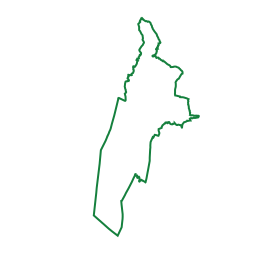 the district of Vadu Sapat, Prahova, Romania, rotated 57°
{"feature_id": "2599482B9127091814078", "entity_name": "Vadu Sapat", "entity_type": "district", "adm_level": 2, "iso_a3": "ROU", "parent_name": "Romania", "parent_adm1": "Prahova", "projection": "robinson", "projection_center": [26.374, 45.031], "detail": "fine", "context": "isolated", "style": "outline", "palette": "green", "viewbox_px": 256, "rotation_deg": 57, "n_neighbors": 0, "source": "geoboundaries", "source_scale": "gbopen_adm2", "svg_char_len": 5351}
<svg xmlns="http://www.w3.org/2000/svg" viewBox="0 0 256 256"><g transform="rotate(57 128 128)"><path d="M182.7,204.3L202.2,198.9L205.9,197.7L212.7,195.3L207.8,187.4L201.3,182.1L199.5,180.8L197.3,179.4L188.7,175.1L185.7,173.5L185.9,173.2L182.5,166.9L181.6,165.5L178.9,160.4L175.3,154.1L173.0,150.5L171.7,148.2L171.3,147.9L170.7,147.0L170.8,146.8L172.0,147.5L172.3,147.4L172.4,147.2L172.4,146.8L172.7,146.3L172.8,146.2L173.0,146.2L173.6,146.5L174.3,147.2L174.7,147.3L174.8,147.3L175.1,147.1L175.4,146.2L174.8,145.7L174.9,145.4L175.1,145.4L175.5,145.4L176.7,145.8L177.6,146.5L178.5,147.6L178.9,147.7L179.2,147.5L178.8,146.3L178.7,145.4L178.7,145.0L178.8,144.9L179.0,144.8L179.4,144.8L180.0,144.7L180.3,144.2L182.3,143.2L183.1,143.0L183.1,142.9L180.5,140.1L177.0,136.8L174.2,134.1L167.4,127.7L164.8,126.0L158.2,121.2L156.6,119.9L154.7,118.7L152.1,116.7L149.1,112.2L149.8,111.9L148.3,109.3L149.1,108.4L151.0,106.9L151.1,106.7L150.0,105.1L149.3,104.4L147.4,103.9L146.6,103.6L145.6,102.9L146.2,99.7L145.6,99.2L145.2,98.9L145.1,98.4L144.7,97.9L144.6,97.7L144.5,97.4L144.5,96.6L144.2,95.2L144.4,94.7L144.4,94.4L143.9,93.9L143.8,93.6L144.4,92.5L144.6,92.6L145.3,92.5L145.5,92.3L145.6,91.9L145.2,91.4L145.1,90.9L145.2,90.6L145.4,90.3L145.7,90.2L147.0,90.3L147.7,90.2L148.3,89.8L148.9,89.1L149.1,88.7L148.9,88.1L149.4,87.5L149.4,86.9L149.5,86.5L149.1,86.2L151.1,85.9L151.9,85.6L152.4,85.0L152.5,84.2L152.7,83.9L152.8,83.7L153.6,83.1L153.9,82.7L154.4,82.1L156.9,82.6L157.0,82.4L155.6,81.3L154.6,80.3L153.7,77.9L154.2,76.2L154.3,74.9L154.1,74.4L154.6,74.1L155.4,72.1L155.8,71.5L154.6,71.2L153.9,71.1L153.8,70.4L154.1,69.6L155.0,68.6L155.1,67.6L156.1,66.3L157.3,63.4L157.0,62.6L156.8,62.3L156.5,62.1L156.2,62.2L156.0,62.4L155.1,63.8L154.7,64.1L154.5,64.7L153.7,65.9L152.8,66.6L152.1,67.5L151.8,68.3L151.3,68.7L150.9,68.9L150.7,68.5L150.1,68.3L149.1,67.9L148.9,67.5L148.8,67.4L147.6,67.2L147.4,67.1L147.2,66.8L146.5,66.8L145.5,66.4L144.4,66.2L144.1,66.0L143.7,65.6L142.6,65.2L142.3,65.0L141.7,64.9L141.4,64.7L141.1,64.8L140.8,64.5L139.1,63.6L138.8,63.3L138.6,62.9L137.6,62.6L137.3,62.2L136.8,62.0L136.7,61.6L135.1,62.6L132.6,64.7L131.9,65.5L131.6,65.9L131.2,66.6L130.5,67.5L130.0,67.2L127.1,69.9L126.4,70.7L125.0,70.1L124.0,69.3L122.3,68.2L121.2,67.4L119.6,65.7L118.9,65.1L116.9,63.8L115.7,63.3L115.4,62.9L115.2,62.6L115.1,62.2L114.8,61.7L114.3,60.3L114.2,59.7L114.3,58.5L112.5,55.1L111.9,53.6L111.9,53.3L112.1,52.7L111.8,52.4L110.5,51.7L109.5,51.7L108.0,52.2L107.0,52.2L106.1,52.6L105.3,52.6L105.0,52.7L103.7,53.7L102.7,54.3L101.7,55.7L101.6,55.9L101.4,56.9L100.3,58.9L100.2,59.0L99.0,58.8L98.1,59.0L96.0,60.2L91.8,61.4L91.6,61.8L91.0,62.4L90.8,62.4L90.6,62.2L90.4,62.1L90.1,62.7L89.7,62.8L88.5,63.5L87.6,63.5L87.0,63.8L86.7,63.9L86.6,64.3L85.8,64.2L85.4,64.3L85.0,65.0L84.9,65.3L84.8,65.9L84.7,66.0L84.4,66.0L83.5,65.8L82.8,65.8L82.3,66.1L82.2,66.6L81.8,66.7L81.5,66.9L81.4,67.1L81.5,67.3L81.7,67.6L81.8,67.8L81.7,68.0L81.4,68.3L81.1,68.3L80.8,68.1L80.8,67.5L80.8,67.3L81.2,66.4L81.2,65.8L81.6,65.2L81.5,64.9L80.9,64.4L80.8,64.2L80.5,63.2L79.6,62.5L79.2,61.8L78.4,61.5L77.4,61.7L77.1,61.5L76.9,60.9L77.0,60.7L77.7,60.2L77.8,59.9L76.6,59.9L76.3,59.8L76.2,59.6L76.4,58.9L76.2,58.6L75.7,58.4L75.1,57.9L75.0,57.6L75.3,57.3L75.2,57.1L73.7,56.3L74.1,55.6L74.3,55.1L74.2,54.6L74.0,54.3L73.8,54.2L72.6,54.2L71.5,53.8L70.1,53.9L69.7,53.8L68.6,53.5L66.5,53.4L66.0,53.1L65.5,53.1L64.9,52.9L61.3,53.2L58.1,53.2L57.4,52.9L56.5,52.9L56.1,52.7L55.3,52.4L54.8,52.3L53.9,52.4L52.1,51.9L50.8,52.2L50.0,52.6L49.7,53.0L49.7,53.5L49.3,53.6L48.8,54.1L48.4,54.3L48.2,54.9L47.8,55.2L46.1,55.9L43.9,56.3L44.2,56.9L43.3,57.1L44.9,60.0L45.7,60.0L45.9,60.5L46.0,61.3L46.3,62.4L46.4,62.8L49.3,63.6L49.6,63.7L50.1,64.2L50.9,64.6L51.9,65.3L52.2,65.3L53.4,65.1L56.4,65.5L58.0,65.3L58.7,65.5L59.3,65.9L60.3,66.3L61.0,66.7L61.3,66.9L61.6,67.5L61.9,67.7L62.4,67.8L63.8,67.8L64.5,67.9L64.9,68.0L65.3,68.4L65.9,69.6L66.4,70.3L66.9,72.3L67.5,73.6L67.7,74.2L68.2,75.0L68.3,75.5L68.7,76.0L69.1,76.2L69.6,76.3L70.8,76.3L71.8,76.2L72.2,76.2L72.8,76.6L73.2,77.3L73.4,77.3L73.7,78.0L73.2,78.4L73.3,78.5L73.6,79.0L74.0,79.4L74.4,80.1L74.4,80.4L74.8,80.6L75.2,81.1L75.6,81.1L75.6,82.4L75.0,82.6L75.6,83.8L77.0,83.1L77.4,84.3L78.5,85.2L79.4,86.4L79.7,87.3L80.3,88.4L80.4,89.0L79.4,89.5L79.2,89.9L79.2,90.1L79.7,90.3L80.1,90.8L80.8,90.9L81.2,91.3L81.5,91.4L81.8,91.7L82.3,91.6L82.7,91.7L83.1,92.1L83.5,92.4L83.7,92.5L84.0,93.1L84.4,93.5L84.6,93.9L84.6,94.2L84.5,94.6L84.5,95.5L84.8,95.9L85.1,95.9L85.6,96.0L85.5,96.6L85.1,97.0L84.8,97.4L84.7,97.9L84.5,98.0L84.3,98.0L84.1,98.2L84.7,98.4L84.7,98.5L84.3,98.8L84.1,98.7L83.9,99.0L84.1,99.1L84.6,99.1L84.8,99.7L85.3,99.7L85.6,100.6L86.0,101.3L86.3,101.4L86.7,101.2L87.2,101.1L87.8,101.1L88.5,101.3L88.6,101.6L88.8,101.6L88.9,101.8L88.4,102.1L88.3,102.4L88.5,102.9L88.5,103.1L87.9,103.9L87.8,104.8L88.0,105.0L89.2,106.3L90.6,107.4L91.5,108.2L92.8,108.6L93.3,108.9L94.9,109.2L95.6,109.7L95.9,109.8L96.7,109.9L96.9,110.0L97.2,110.5L97.4,111.4L97.5,112.0L100.4,113.0L103.2,114.7L103.6,115.1L103.7,115.5L103.4,115.9L100.6,117.6L97.8,119.3L97.7,119.9L98.0,120.2L98.4,120.4L103.8,126.1L110.0,132.7L115.6,139.1L116.6,140.2L119.1,142.9L120.2,144.4L120.8,145.5L121.9,146.9L122.7,148.1L123.5,149.5L123.9,149.9L123.9,150.1L124.7,151.1L126.6,153.9L131.8,162.8L142.6,171.3L161.1,186.8L164.7,189.6L165.2,190.0L182.7,204.3Z" fill="none" stroke="#15803d" stroke-width="2"/></g></svg>